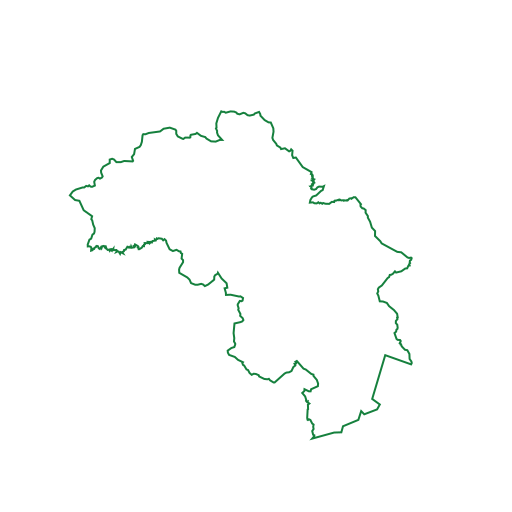 Bekwai Municipal, Ashanti, Ghana (orthographic projection), rotated 33°
{"feature_id": "2480657B55478680834493", "entity_name": "Bekwai Municipal", "entity_type": "district", "adm_level": 2, "iso_a3": "GHA", "parent_name": "Ghana", "parent_adm1": "Ashanti", "projection": "orthographic", "projection_center": [-1.62, 6.436], "detail": "fine", "context": "isolated", "style": "outline", "palette": "green", "viewbox_px": 512, "rotation_deg": 33, "n_neighbors": 0, "source": "geoboundaries", "source_scale": "gbopen_adm2", "svg_char_len": 6121}
<svg xmlns="http://www.w3.org/2000/svg" viewBox="0 0 512 512"><g transform="rotate(33 256 256)"><path d="M201.0,139.5L195.7,136.0L193.7,137.1L189.2,137.3L183.3,135.9L182.3,134.7L180.1,133.5L177.4,137.1L177.2,138.6L174.2,141.7L172.2,142.5L169.3,142.2L167.4,142.8L165.1,146.1L162.8,146.9L161.5,146.4L159.1,146.8L155.9,148.6L152.6,152.3L150.8,152.4L149.4,153.4L148.1,153.6L148.9,160.9L150.5,166.4L153.0,169.9L152.9,170.8L155.3,172.3L156.1,173.7L158.4,175.5L164.4,177.1L162.4,178.4L159.9,182.0L155.9,184.3L150.5,184.5L148.7,183.9L144.4,185.2L139.4,184.9L138.9,186.5L135.4,189.8L135.3,190.5L136.3,192.3L136.0,192.8L132.1,195.3L131.3,197.4L130.5,197.7L125.3,198.3L122.6,197.0L120.9,194.4L119.6,193.9L113.8,195.3L109.2,199.6L107.7,203.8L99.1,211.2L96.9,214.2L95.1,215.2L95.1,216.5L98.1,222.4L99.0,225.8L98.9,227.9L96.2,232.1L98.3,237.0L97.9,240.6L101.1,243.1L101.0,243.9L93.7,248.1L91.5,250.9L87.8,253.3L84.4,252.4L82.4,252.8L80.8,254.8L82.7,257.7L79.3,264.2L79.4,268.7L80.8,270.5L84.0,272.7L84.1,274.0L83.0,276.1L81.4,276.1L80.4,277.1L79.6,279.9L79.9,281.9L82.5,284.7L80.8,287.3L79.4,287.9L77.6,287.6L77.2,289.1L75.4,289.7L74.6,292.1L73.3,292.9L68.8,298.3L67.2,301.7L66.9,306.5L73.8,307.6L77.8,305.9L86.6,311.5L96.9,311.9L97.8,314.8L99.3,315.4L102.4,318.4L105.6,320.5L107.4,323.6L107.9,325.4L107.2,327.1L108.3,331.2L107.4,333.0L108.6,338.0L109.7,339.6L110.8,338.7L112.4,338.3L113.5,338.8L114.8,341.3L115.7,340.2L115.6,338.8L116.4,338.2L116.0,337.1L116.9,335.8L116.6,334.9L117.0,334.2L118.1,333.9L119.9,335.2L121.2,335.2L121.2,333.1L122.2,333.6L121.7,331.6L122.8,330.5L124.3,331.0L123.9,330.2L124.6,329.7L126.5,331.2L128.3,331.7L129.2,330.7L130.4,331.3L130.3,330.3L131.6,330.2L130.6,329.3L131.2,328.8L132.3,329.2L132.4,327.7L133.0,328.9L135.7,327.0L136.6,327.3L136.7,328.7L137.6,327.3L138.5,327.1L140.8,328.2L140.4,326.5L142.9,326.2L141.6,325.6L142.6,324.0L142.1,322.7L143.2,321.7L143.1,318.3L144.6,318.2L144.7,317.4L145.9,317.6L146.3,317.0L146.0,316.0L147.2,316.8L149.3,314.9L149.3,313.6L148.4,314.4L148.0,314.2L148.5,313.4L148.2,312.2L151.5,312.0L152.4,312.4L152.3,313.3L153.2,313.3L153.9,314.2L154.4,313.9L155.7,311.2L155.6,309.4L156.7,308.8L155.9,307.6L156.4,306.7L155.6,305.8L158.6,303.9L157.5,303.1L159.3,302.1L160.0,302.9L160.3,301.2L161.3,301.3L161.2,299.7L162.9,298.1L162.3,297.3L163.4,297.4L163.2,295.3L164.1,295.3L164.6,294.2L167.6,292.8L169.6,293.4L170.1,291.7L172.2,292.1L173.8,293.7L179.9,297.4L183.6,297.1L186.0,294.1L188.9,294.0L190.2,293.3L191.3,294.4L192.9,294.4L195.0,298.7L197.1,299.2L198.2,300.9L198.3,307.5L198.9,309.3L200.8,311.9L210.0,311.4L213.1,312.0L216.3,314.1L220.7,313.2L222.8,311.8L225.2,309.2L227.2,308.7L229.5,309.1L231.4,306.0L233.8,298.6L232.2,295.9L232.2,294.2L233.5,291.8L233.2,290.8L239.4,293.6L246.2,294.9L249.2,298.2L247.3,300.2L250.7,303.2L252.0,305.0L255.8,302.3L263.9,299.2L264.9,298.3L268.0,298.3L269.0,300.7L268.5,301.8L266.9,302.5L267.0,306.5L267.5,307.3L269.9,309.3L270.4,310.8L274.5,313.1L275.3,314.8L278.7,315.4L280.3,316.6L280.1,318.3L279.0,319.9L274.7,324.3L279.2,332.9L282.5,336.7L284.1,339.7L286.3,340.8L286.8,341.6L287.4,344.2L285.5,346.5L283.8,350.8L285.1,352.4L287.3,353.6L293.2,352.2L297.5,352.9L302.9,352.2L302.8,353.2L304.4,354.4L305.7,354.3L309.8,356.3L311.5,356.0L314.3,357.6L317.1,358.0L318.2,356.0L320.2,355.0L323.2,354.5L324.2,355.3L329.9,354.6L332.7,353.2L333.7,352.0L335.4,352.6L339.6,352.5L340.5,351.9L344.0,339.0L345.0,337.2L347.1,335.5L348.4,333.1L347.8,328.8L348.6,326.4L347.2,325.5L348.0,325.0L348.0,323.6L346.7,323.3L347.4,321.8L357.2,324.6L359.6,324.1L366.6,324.8L368.8,324.2L369.6,325.3L374.5,326.8L377.6,329.2L378.8,331.5L374.8,337.7L375.5,339.8L374.1,340.7L369.2,341.3L370.1,342.9L369.4,345.7L373.7,347.0L376.7,349.5L376.8,350.2L378.1,350.6L378.6,349.8L379.0,350.6L381.1,350.7L380.5,352.4L383.1,356.1L382.9,356.6L387.1,363.9L388.4,365.3L388.9,365.3L389.3,364.1L390.9,363.9L394.4,365.9L396.1,366.0L397.0,368.1L398.5,369.7L398.5,372.2L401.3,374.8L402.6,374.6L403.0,375.4L402.6,378.5L417.7,361.5L423.6,357.4L421.7,351.4L431.1,337.7L428.7,328.8L433.0,329.8L441.1,318.7L440.7,313.1L431.3,312.6L418.4,268.8L445.1,262.4L444.9,260.9L443.7,259.8L440.9,258.7L438.0,254.6L434.2,252.6L432.0,253.5L427.4,252.4L426.2,251.4L425.4,251.5L425.0,250.7L424.0,250.8L423.7,248.5L422.6,248.0L420.4,249.2L419.0,249.0L414.1,245.2L414.7,243.1L413.9,241.3L414.3,240.1L413.8,238.9L411.9,236.7L409.8,236.1L408.7,234.3L409.0,231.9L407.9,230.8L408.3,230.3L405.8,227.6L401.1,226.2L395.0,225.6L391.3,224.1L387.3,225.0L384.5,226.6L380.2,222.6L378.1,221.4L377.8,219.1L376.3,217.5L376.2,215.6L377.6,212.2L378.4,202.8L379.1,201.2L378.5,199.0L379.6,198.1L380.5,196.4L380.9,193.2L382.5,193.6L386.2,189.7L388.0,185.2L389.5,184.0L389.1,181.2L390.0,180.3L388.9,179.6L389.1,178.0L388.4,177.7L387.6,176.0L388.2,174.7L387.7,173.0L386.9,172.9L385.4,174.3L383.8,174.7L375.8,173.8L372.2,175.6L354.5,177.0L352.2,175.9L344.9,174.4L342.3,170.2L337.7,169.1L333.0,165.1L328.9,162.9L328.1,161.6L324.3,160.0L323.0,157.8L320.4,157.5L319.2,158.1L316.8,157.5L315.7,156.2L315.8,155.4L307.4,152.6L305.9,153.5L304.9,155.9L304.4,155.7L303.0,157.0L302.6,159.5L301.9,159.5L301.6,160.3L299.9,161.1L299.6,161.8L298.8,161.7L297.2,163.0L296.0,163.0L295.4,163.9L294.9,163.5L292.8,166.2L292.1,166.4L291.7,167.5L292.1,168.2L290.1,169.3L289.0,172.4L285.7,174.4L283.4,175.0L283.1,176.1L281.3,176.1L280.6,177.3L279.0,177.0L278.3,178.8L276.2,180.0L274.5,180.0L272.1,181.9L271.1,179.4L271.0,176.3L271.4,175.0L273.5,172.5L275.1,166.0L276.0,164.4L274.9,160.4L274.1,161.7L271.1,163.4L270.1,165.0L269.9,167.2L268.7,168.7L266.3,169.7L265.5,169.4L265.6,168.7L265.0,168.2L264.1,168.0L264.7,167.6L264.6,167.2L264.0,167.5L264.2,166.1L265.2,165.9L264.9,164.7L264.1,164.7L264.7,163.4L262.8,162.5L263.9,162.2L263.1,161.8L263.1,160.7L262.4,161.2L262.8,160.1L261.1,160.5L261.3,159.7L260.3,159.2L260.5,158.7L259.6,157.4L258.8,157.1L258.9,157.8L258.1,157.0L257.4,157.3L256.9,155.4L246.8,156.0L235.8,151.7L233.9,153.5L231.4,151.8L229.3,147.8L227.4,147.4L227.5,149.0L226.8,150.2L221.6,149.9L218.8,152.7L217.4,151.8L213.3,151.9L211.9,150.9L207.2,149.4L205.4,148.0L203.0,142.2L201.0,139.5Z" fill="none" stroke="#15803d" stroke-width="2"/></g></svg>